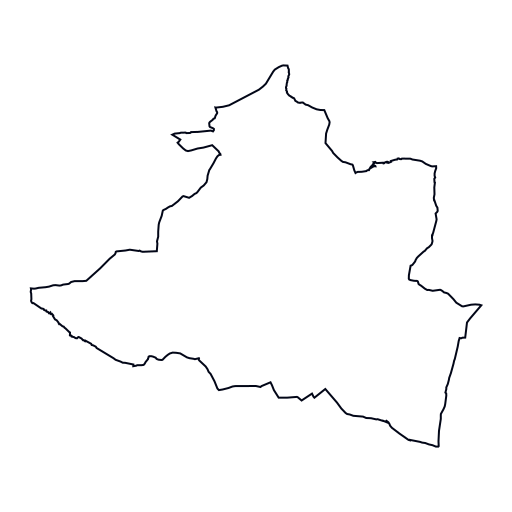 Marpod, Sibiu, Romania
{"feature_id": "2599482B66590009408064", "entity_name": "Marpod", "entity_type": "district", "adm_level": 2, "iso_a3": "ROU", "parent_name": "Romania", "parent_adm1": "Sibiu", "projection": "albers", "projection_center": [24.514, 45.875], "detail": "fine", "context": "isolated", "style": "outline", "palette": "ink", "viewbox_px": 512, "rotation_deg": 0, "n_neighbors": 0, "source": "geoboundaries", "source_scale": "gbopen_adm2", "svg_char_len": 6007}
<svg xmlns="http://www.w3.org/2000/svg" viewBox="0 0 512 512"><path d="M438.3,446.6L438.7,446.1L438.5,441.3L439.0,430.8L440.8,418.9L440.8,415.0L440.9,413.9L443.4,409.4L444.7,406.5L445.2,404.1L446.3,395.6L446.2,393.4L445.4,392.6L446.3,389.1L446.3,387.4L447.8,384.0L448.9,379.8L449.2,377.9L450.9,373.1L453.5,363.7L454.1,360.8L454.8,359.0L457.7,346.7L458.7,341.0L459.6,338.0L461.1,338.3L462.5,337.7L465.2,337.6L467.0,322.5L470.2,318.3L481.3,305.3L479.4,304.7L475.3,304.4L471.1,304.7L463.4,306.4L462.1,306.3L456.3,302.7L453.4,299.1L448.1,293.7L446.5,293.0L444.0,292.4L442.4,291.0L440.6,289.9L439.9,289.8L432.7,290.8L428.9,289.9L427.2,290.0L424.9,288.7L421.1,285.7L419.3,284.6L418.6,284.0L417.9,281.6L417.6,281.2L416.9,280.9L414.1,280.8L410.5,280.1L409.2,279.5L408.8,278.7L408.9,275.2L410.6,265.7L412.0,265.2L412.5,264.8L415.1,261.5L415.6,260.1L416.8,258.0L418.2,256.5L423.6,251.6L424.8,250.9L427.0,248.3L428.8,247.2L431.3,244.7L431.7,244.1L432.4,241.7L432.5,240.9L432.0,238.1L432.0,235.4L432.4,235.4L432.6,234.8L432.7,233.8L433.1,233.0L436.3,221.0L436.6,219.3L435.6,213.5L437.2,211.9L437.7,210.9L437.4,207.6L436.2,205.7L434.4,200.3L434.1,200.3L433.8,197.9L434.5,194.3L434.3,187.4L434.9,182.6L434.6,182.5L434.5,182.2L434.3,178.9L434.4,178.5L435.2,177.6L434.6,175.8L434.6,173.4L435.2,171.0L436.2,168.2L436.1,166.2L432.2,166.4L430.9,166.1L425.8,163.9L422.2,161.4L420.0,160.7L412.4,159.5L410.4,158.7L402.5,158.6L401.7,158.7L401.4,159.1L401.0,159.2L399.6,159.0L398.8,158.4L397.6,158.6L397.5,159.2L397.2,159.5L395.2,159.7L390.9,161.0L391.1,161.8L388.5,162.9L387.4,162.7L387.7,161.9L387.1,161.7L385.1,162.3L384.4,163.1L383.7,163.4L383.4,163.4L383.3,163.2L383.6,162.9L383.3,162.7L377.0,163.1L376.0,162.8L375.3,161.9L373.7,162.2L374.1,162.6L374.1,163.6L373.4,163.7L372.0,165.7L370.8,166.7L370.5,167.2L370.9,167.3L372.3,166.7L373.2,165.6L375.3,166.0L375.4,166.3L374.3,166.2L373.0,166.7L369.4,168.9L369.0,170.1L367.9,170.1L366.5,170.8L366.3,171.1L361.6,171.8L357.7,171.9L356.2,172.5L355.5,173.0L354.3,170.3L352.9,165.4L352.4,164.6L350.5,164.2L345.5,162.3L342.9,161.9L341.3,160.8L337.5,157.4L333.2,153.0L332.1,151.0L325.5,143.1L326.1,133.5L327.3,129.7L329.2,124.7L329.6,122.4L329.4,121.2L327.7,118.2L324.3,110.1L320.3,110.0L316.6,109.3L312.2,107.5L308.1,105.2L305.6,104.6L302.8,102.5L300.8,102.6L300.1,102.9L297.9,102.5L296.6,101.5L295.4,100.9L294.2,98.5L293.6,97.9L292.5,97.8L292.1,97.2L291.3,97.0L290.9,96.4L289.4,95.7L287.8,94.0L287.5,93.3L286.9,92.7L287.0,91.4L286.2,90.4L286.4,88.7L286.0,88.1L286.0,87.1L286.5,86.0L286.5,85.6L286.7,85.1L286.6,84.6L286.9,82.8L287.3,82.0L287.2,80.7L287.7,80.1L287.6,79.6L288.0,78.9L287.9,78.4L288.5,77.6L288.3,76.2L288.7,75.6L289.2,74.4L289.0,72.9L288.7,72.2L288.9,71.5L288.8,71.0L288.9,69.9L288.5,68.6L288.1,68.1L287.5,65.6L283.3,65.4L281.9,65.7L278.8,67.1L274.8,69.6L273.2,71.6L265.9,83.7L263.0,86.5L258.9,89.7L229.1,105.3L222.9,106.8L216.0,107.6L215.4,107.5L216.5,111.2L217.1,112.1L217.2,112.8L217.1,113.3L215.8,115.3L215.3,116.4L215.0,117.7L214.6,118.4L213.5,118.7L212.6,119.9L210.1,121.8L209.4,122.6L209.2,123.3L209.5,126.3L210.0,127.0L212.9,128.2L213.9,128.9L213.9,130.1L213.0,131.4L210.9,130.6L198.0,131.9L191.0,132.1L190.5,132.8L189.7,133.0L186.3,133.1L185.7,132.6L180.8,132.7L179.8,133.1L174.7,133.6L172.3,134.7L180.3,139.6L178.8,141.7L177.6,142.7L178.8,144.2L183.1,148.4L185.8,150.5L188.0,151.1L191.3,150.4L197.6,148.5L203.4,147.6L212.2,145.2L218.7,151.4L219.2,152.7L220.3,153.9L220.5,154.8L219.0,155.0L217.5,156.2L216.0,158.4L213.5,163.2L209.8,169.4L209.3,170.0L207.6,175.7L207.3,179.1L206.5,182.2L203.7,185.5L200.8,187.6L197.4,192.1L196.4,193.1L194.6,193.9L192.1,196.0L189.1,197.8L183.5,196.1L182.5,196.5L177.9,201.3L171.8,206.0L170.1,206.3L168.1,207.4L165.9,208.9L163.3,210.1L162.8,210.7L161.7,215.8L159.2,222.4L158.7,224.7L158.2,231.6L158.2,236.7L157.0,241.3L157.4,243.7L156.8,251.2L142.7,251.8L141.0,251.4L139.6,250.6L138.8,251.0L129.8,249.7L125.5,250.5L116.6,251.4L115.8,251.8L115.5,253.2L114.8,254.5L109.7,258.7L100.3,268.2L86.3,280.8L83.0,281.1L74.7,281.1L71.1,282.0L69.2,283.6L68.1,284.0L63.1,284.6L61.1,285.4L59.5,285.6L55.5,285.1L53.1,285.3L49.1,286.6L45.6,287.2L38.7,287.8L35.8,288.5L34.1,288.7L30.9,288.4L31.1,289.4L30.7,291.9L31.2,293.5L31.4,299.1L31.1,300.7L31.3,301.6L32.1,302.9L32.7,303.2L33.5,303.1L41.4,308.5L42.9,308.7L43.8,309.2L43.9,309.8L45.5,310.6L46.3,310.5L46.6,311.6L48.4,312.2L48.9,313.3L49.5,313.4L50.4,312.5L51.0,314.2L51.4,314.3L52.0,313.9L53.3,315.4L53.0,316.1L55.0,319.4L56.7,320.3L58.6,322.7L58.8,323.7L59.2,324.2L59.8,324.0L62.5,326.3L63.7,326.6L64.6,327.8L65.4,328.3L69.3,332.1L70.0,332.5L69.9,335.4L70.2,335.6L70.8,335.4L71.6,335.8L71.7,336.6L74.0,337.1L75.5,338.1L77.0,338.3L78.1,337.2L78.7,337.0L81.5,338.5L83.0,340.2L83.5,340.1L85.0,341.2L85.3,340.6L91.2,343.8L91.7,345.0L93.1,345.3L95.8,346.7L96.6,348.0L113.5,358.2L115.6,359.8L120.6,361.6L122.7,362.7L125.1,362.8L133.4,364.5L133.3,366.2L136.2,365.7L137.2,365.2L141.5,365.2L143.6,364.9L144.7,363.7L145.6,362.0L148.0,359.1L148.0,358.5L148.5,357.6L148.6,356.7L149.4,356.2L151.3,356.2L153.0,356.6L155.7,357.7L156.4,358.7L157.0,359.1L158.6,359.7L161.5,360.0L162.5,359.8L165.4,356.8L167.7,354.9L169.8,353.5L172.7,352.6L176.2,352.8L180.2,353.4L187.0,357.4L189.6,358.2L193.6,358.8L194.9,359.2L198.9,358.2L199.0,358.4L198.7,359.1L198.8,359.8L199.3,360.5L205.7,366.5L207.5,369.2L208.6,371.8L210.6,373.9L214.5,381.3L217.4,388.5L218.9,390.1L222.6,389.5L228.5,388.0L232.5,386.5L235.1,386.1L255.9,386.0L260.5,387.0L261.5,386.1L270.5,382.3L272.0,385.3L273.9,390.1L278.7,397.7L286.8,397.7L296.9,396.9L297.7,397.2L301.6,400.5L312.0,393.6L313.5,396.7L314.4,397.7L325.3,389.0L337.0,402.6L341.3,408.5L345.6,413.0L347.1,414.0L349.8,414.5L353.3,415.8L363.0,416.6L366.2,418.0L371.0,418.2L376.3,419.4L377.6,419.2L382.9,420.9L383.0,420.7L387.1,422.4L386.2,421.0L386.4,420.8L388.4,422.3L389.5,424.1L390.1,425.7L391.9,427.8L399.5,433.6L408.5,439.9L410.0,440.3L410.0,439.9L420.1,441.9L422.1,442.6L425.2,443.0L428.9,444.4L432.5,445.2L435.9,446.6L438.3,446.6Z" fill="none" stroke="#020617" stroke-width="2"/></svg>